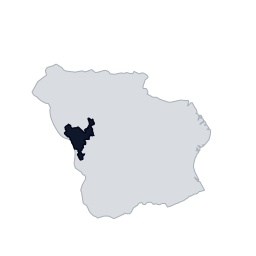 location of Jigawa within Nigeria, rotated 244°
{"feature_id": "NGA-2868", "entity_name": "Jigawa", "entity_type": "State", "adm_level": 1, "iso_a3": "NGA", "parent_name": "Nigeria", "parent_adm1": "", "projection": "mercator", "projection_center": [9.387, 11.959], "detail": "fine", "context": "in_parent", "style": "filled", "palette": "ink", "viewbox_px": 256, "rotation_deg": 244, "n_neighbors": 0, "source": "natural_earth", "source_scale": "10m", "svg_char_len": 5681}
<svg xmlns="http://www.w3.org/2000/svg" viewBox="0 0 256 256"><g transform="rotate(244 128 128)"><path d="M202.4,57.5L209.2,67.2L210.7,74.4L211.2,77.9L212.4,78.3L214.5,78.5L216.1,79.2L217.0,80.4L217.6,81.5L217.7,82.1L217.2,86.4L216.7,88.0L217.0,90.1L216.9,91.0L216.7,91.6L215.7,92.3L214.4,93.0L211.3,95.0L210.4,95.3L209.1,95.4L208.0,95.9L206.6,97.0L203.8,101.1L201.3,105.2L199.5,111.8L197.3,113.9L196.9,115.7L196.6,119.8L196.2,121.1L195.9,121.4L193.5,122.2L192.2,123.1L191.4,125.0L190.3,131.4L190.0,132.4L189.2,133.5L188.0,134.7L187.0,135.3L184.3,135.8L181.7,140.5L181.7,141.4L180.6,145.7L178.6,148.9L178.5,151.0L176.0,153.9L174.7,155.8L176.0,157.9L176.1,158.2L171.9,161.7L171.7,162.2L171.5,164.6L171.1,165.2L170.4,166.1L169.2,167.0L168.1,167.8L166.8,168.3L165.5,168.5L164.8,168.2L164.4,167.5L163.7,164.5L163.3,163.9L162.5,163.4L159.3,160.1L157.3,159.0L156.9,159.1L156.5,159.4L156.0,161.0L155.4,161.6L154.4,161.8L152.6,161.8L151.3,161.6L151.0,161.3L150.3,160.0L146.3,162.9L144.9,163.6L143.1,167.1L140.5,168.8L138.8,170.3L134.1,175.0L133.1,176.3L132.2,178.4L130.2,187.2L126.9,192.7L126.5,193.9L126.3,193.8L125.9,194.3L124.6,194.0L124.1,193.0L123.3,192.8L121.9,191.3L121.6,191.6L123.1,195.4L122.5,196.8L118.6,196.9L115.1,197.4L112.8,197.3L111.6,196.8L111.1,195.4L110.9,195.5L110.8,196.3L110.0,196.9L107.4,197.0L106.2,196.0L105.3,194.9L104.3,194.5L104.4,194.9L105.6,196.0L105.4,197.5L103.3,199.3L102.0,199.4L101.1,198.6L100.7,197.4L100.5,195.5L99.9,194.3L99.6,194.3L100.0,196.3L100.0,198.2L101.0,199.6L99.5,200.1L97.6,200.1L97.4,199.6L97.1,198.4L96.8,198.1L96.4,200.1L92.6,200.7L92.1,200.6L91.9,200.2L92.2,199.7L92.2,198.7L91.3,199.4L91.2,200.8L90.7,201.1L89.2,200.9L87.7,200.1L85.1,198.4L81.9,195.5L81.4,194.2L80.5,192.6L78.8,188.2L79.1,188.0L79.9,188.3L80.2,187.9L78.9,187.6L78.6,187.2L78.5,186.3L78.6,185.1L80.6,184.5L81.1,183.7L81.3,183.0L78.9,184.1L76.6,182.9L76.1,182.1L76.3,181.6L79.0,181.5L79.9,181.0L79.4,180.8L78.3,180.8L78.0,180.4L78.0,179.5L77.7,179.7L77.2,180.5L75.7,181.1L74.8,180.5L74.7,179.2L74.5,178.6L73.7,178.1L71.0,174.7L67.6,171.8L64.5,169.8L59.9,168.9L50.3,168.9L49.8,168.6L50.4,168.2L51.2,167.9L54.3,166.3L53.8,166.1L50.6,167.1L49.5,167.2L48.1,169.1L38.6,169.5L38.6,168.6L39.1,166.1L39.6,164.3L39.0,162.2L38.8,160.3L39.2,159.7L39.4,158.9L39.3,154.0L39.8,153.3L39.8,152.8L38.8,150.6L38.8,149.0L38.6,147.4L38.3,146.7L38.7,140.7L38.6,139.2L38.9,138.1L39.0,135.5L39.0,132.9L39.6,128.9L43.7,128.4L44.7,126.8L45.3,124.8L45.1,122.8L46.4,121.0L48.0,119.5L47.9,117.8L48.4,117.3L49.1,116.9L50.2,116.7L51.4,115.8L52.1,114.3L52.7,112.0L51.7,110.3L51.7,109.9L52.1,109.1L52.7,108.2L53.3,107.9L54.4,108.1L54.8,107.7L55.6,105.1L55.5,104.4L54.4,102.7L53.8,97.9L53.5,97.3L52.6,96.4L50.4,93.1L50.4,91.5L51.4,89.4L52.0,88.5L52.8,87.9L53.0,87.4L52.8,86.9L52.3,86.4L52.2,85.5L52.7,84.3L52.5,82.9L52.7,75.6L54.6,74.2L57.3,71.9L58.6,69.4L59.4,67.6L60.3,61.3L61.7,60.7L64.4,58.4L68.0,57.1L70.4,56.7L74.6,56.9L76.7,56.7L78.5,55.5L79.3,55.1L80.5,54.9L90.9,58.2L91.8,58.0L92.6,58.2L93.9,59.1L97.0,62.1L100.2,66.7L101.2,67.7L102.2,68.3L103.2,68.5L104.0,68.4L104.7,68.0L105.7,67.1L107.2,66.7L108.5,66.8L115.0,63.2L115.6,63.2L119.6,63.9L125.0,67.5L129.4,69.8L132.5,70.6L136.2,71.2L142.4,71.3L147.1,66.3L148.9,65.2L151.0,64.2L155.3,63.3L162.6,62.7L169.4,63.0L173.6,63.8L178.1,65.5L180.0,67.0L183.0,67.3L185.2,67.0L185.9,65.4L188.1,63.4L191.3,61.5L194.0,60.2L196.2,59.6L198.1,58.1L199.7,57.6L202.4,57.5ZM107.6,199.0L106.2,199.4L105.2,199.3L106.5,197.3L107.2,197.7L108.0,197.9L107.6,199.0Z" fill="#d9dde1" stroke="#a8b0b8" stroke-width="1"/><path d="M132.8,70.8L137.2,71.3L137.8,71.3L138.6,71.1L138.8,71.1L142.0,71.5L142.3,71.4L142.6,71.3L142.8,71.1L143.3,71.1L144.7,71.6L146.0,71.0L146.3,70.6L146.4,70.2L146.7,70.0L147.8,69.6L148.5,69.4L149.9,68.8L150.6,68.7L151.2,68.8L151.6,69.4L152.0,71.0L152.1,71.4L152.8,71.5L153.8,71.2L154.3,71.2L154.8,71.5L155.4,71.6L155.9,71.6L156.3,71.9L156.7,72.9L157.0,75.1L157.3,76.1L155.4,77.4L154.6,77.2L154.1,76.9L153.0,77.1L152.5,77.3L152.2,77.6L151.9,78.3L151.8,79.0L150.7,82.0L150.6,82.5L150.8,83.1L150.5,83.7L145.9,85.4L145.4,85.7L144.9,86.0L143.7,86.1L142.9,86.8L142.5,87.9L143.2,88.4L144.1,88.1L144.6,88.1L145.2,88.2L145.4,88.7L145.6,89.8L145.6,90.3L145.1,91.2L145.1,91.7L145.4,92.2L145.9,92.2L146.1,92.1L146.7,93.2L148.2,95.1L149.3,95.5L151.7,96.0L153.0,96.0L154.0,96.4L154.0,96.9L153.6,97.3L153.1,97.6L151.4,98.3L151.1,99.3L151.3,99.9L150.9,100.1L150.3,99.9L149.8,99.7L147.4,99.8L146.5,99.5L146.2,98.6L146.3,97.6L146.3,96.7L146.0,95.7L145.3,95.1L144.5,95.3L142.5,95.5L141.8,95.2L141.2,94.5L140.2,94.6L139.3,94.5L138.3,94.2L137.5,93.9L136.5,93.9L136.6,93.7L136.6,93.3L136.6,93.1L136.7,92.6L137.0,92.2L138.3,91.0L138.4,90.6L138.1,90.4L137.9,90.4L137.5,90.1L137.1,89.7L136.9,89.4L136.6,88.5L136.4,88.4L136.0,88.3L135.4,88.4L135.1,88.2L135.3,87.2L135.9,86.4L136.0,86.1L136.1,85.7L136.2,85.2L136.3,84.7L136.0,83.8L135.9,83.3L135.2,83.3L134.7,83.6L133.7,83.6L133.7,83.2L133.6,82.8L132.9,82.9L132.5,83.0L132.4,83.0L132.2,82.8L132.0,82.5L132.1,82.3L132.3,82.1L132.4,81.8L132.3,80.4L131.7,79.6L130.8,79.5L129.9,79.2L129.8,78.7L129.8,78.2L129.6,77.8L129.3,77.5L128.9,77.3L128.5,77.0L128.4,76.5L128.4,75.9L128.3,75.5L128.0,75.4L127.0,75.1L126.1,75.0L125.2,75.1L124.5,75.5L124.0,76.2L123.7,77.0L123.6,77.3L123.3,77.1L123.2,76.9L123.2,76.7L123.1,76.4L122.4,75.0L122.2,74.6L121.9,74.2L120.7,74.2L119.9,73.7L119.9,72.7L120.0,71.7L120.2,71.3L121.8,71.0L122.9,71.0L123.9,71.1L126.2,71.0L126.5,71.3L126.7,72.1L127.1,72.8L127.5,73.0L127.9,73.2L128.2,73.1L128.7,72.9L128.9,73.1L129.1,73.3L129.7,73.4L130.5,73.2L131.2,72.8L131.9,72.3L132.0,72.0L132.2,71.7L132.3,71.5L132.5,71.3L132.7,71.2L132.8,71.0L132.8,70.8Z" fill="#0f172a" stroke="#020617" stroke-width="1.5"/></g></svg>